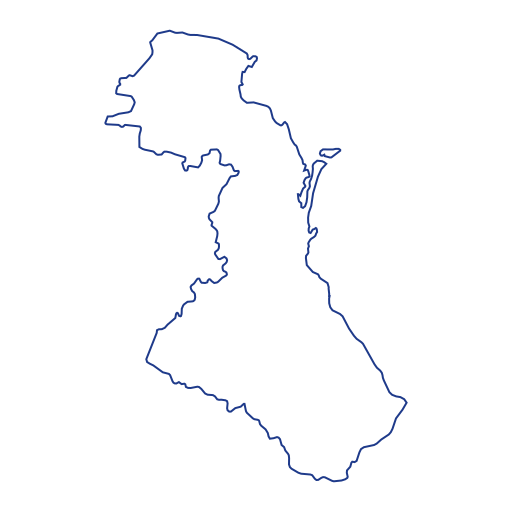 outline of Dagestan
{"feature_id": "RUS-2417", "entity_name": "Dagestan", "entity_type": "Republic", "adm_level": 1, "iso_a3": "RUS", "parent_name": "Russia", "parent_adm1": "", "projection": "orthographic", "projection_center": [46.661, 43.097], "detail": "fine", "context": "isolated", "style": "outline", "palette": "blue", "viewbox_px": 512, "rotation_deg": 0, "n_neighbors": 0, "source": "natural_earth", "source_scale": "10m", "svg_char_len": 6062}
<svg xmlns="http://www.w3.org/2000/svg" viewBox="0 0 512 512"><path d="M176.3,383.5L174.7,383.4L173.5,382.7L172.6,381.4L170.1,375.1L168.9,373.9L162.8,372.3L153.3,365.4L149.8,363.7L147.1,362.0L146.3,359.2L156.7,332.9L157.0,330.2L158.8,329.3L161.8,329.2L164.8,327.8L167.6,324.6L175.3,318.0L176.0,314.2L176.5,313.2L177.1,312.8L177.9,313.2L179.1,315.9L180.5,316.3L181.0,316.0L181.6,313.9L181.8,308.7L183.1,305.6L184.0,304.4L187.5,301.8L192.2,301.4L193.4,301.1L194.7,299.8L195.2,297.3L194.9,294.1L194.0,292.5L192.2,291.1L191.1,289.1L190.6,287.0L191.4,285.5L194.0,283.6L197.1,279.2L198.0,278.6L199.3,278.7L200.8,281.8L201.6,282.7L205.1,283.0L207.1,282.4L207.5,281.9L207.7,280.6L209.2,279.2L210.2,279.5L211.6,281.1L214.2,283.0L216.9,282.5L218.1,281.8L222.3,277.7L226.1,275.6L226.7,274.9L226.9,274.3L226.4,272.5L225.5,271.8L223.8,271.1L223.0,270.1L222.6,268.5L222.5,267.0L223.0,265.5L225.7,263.3L226.7,261.9L227.1,260.2L226.5,258.4L224.4,256.8L220.0,259.1L218.4,259.0L215.2,254.4L214.9,253.1L215.3,251.9L218.0,249.8L218.8,248.1L219.0,246.4L218.9,244.2L218.6,243.6L215.7,242.2L217.2,236.2L217.5,233.5L217.3,231.6L216.9,230.6L215.5,228.9L211.6,225.7L211.5,225.1L212.2,223.2L212.3,222.2L209.5,219.3L208.9,218.0L208.7,216.4L209.6,213.6L213.5,211.9L214.9,210.8L218.3,203.8L218.9,201.6L218.6,197.8L218.8,196.0L222.5,187.9L226.5,184.2L229.6,178.1L230.9,176.4L235.1,175.9L237.3,175.0L238.6,172.7L238.7,171.3L238.2,170.9L234.9,171.1L233.9,170.4L232.5,166.7L231.0,164.6L229.1,164.3L226.2,165.3L224.5,165.4L220.6,164.1L219.9,163.5L219.6,162.8L220.1,160.8L220.6,156.1L220.5,154.0L218.1,150.1L216.8,149.4L210.9,149.7L210.1,150.5L209.5,153.2L207.8,154.5L203.0,155.5L202.1,156.2L201.7,156.9L202.1,160.2L201.3,162.8L199.8,165.6L198.1,167.4L190.3,166.0L188.6,166.1L187.9,167.2L187.8,168.7L187.3,170.2L186.5,170.6L185.1,170.5L183.9,168.6L182.3,163.4L182.6,162.5L184.7,161.5L185.2,160.6L185.5,158.1L184.9,157.2L175.0,154.3L171.0,152.6L166.8,151.7L164.3,151.7L163.4,152.4L161.6,154.5L157.9,154.8L156.4,154.3L153.8,151.8L153.0,151.4L144.8,149.7L142.5,148.9L139.4,147.0L139.3,136.6L139.8,133.4L140.7,130.6L140.9,128.9L140.8,127.7L139.8,126.5L125.4,124.9L124.8,125.0L123.2,126.6L121.9,126.9L120.5,126.4L119.8,125.6L118.4,124.9L107.0,124.3L105.9,123.9L105.5,123.4L105.4,122.7L107.7,116.5L112.5,116.3L118.8,113.8L128.3,112.3L131.0,111.1L134.2,104.2L134.7,102.3L133.9,100.1L131.7,96.7L130.7,96.1L117.1,94.0L116.2,93.3L116.3,90.8L117.4,86.8L118.0,86.1L120.2,84.7L120.2,83.8L119.5,82.8L119.3,81.9L119.8,79.2L120.2,78.6L121.3,78.2L126.4,77.9L128.9,75.5L129.7,75.2L132.6,76.2L134.1,75.6L149.4,58.3L152.2,54.3L152.5,52.2L152.5,50.3L150.2,42.5L150.3,42.0L152.3,40.3L157.4,33.5L169.8,30.7L175.1,32.7L176.9,32.9L182.4,32.5L188.0,34.5L190.2,34.9L197.1,35.0L218.4,38.6L232.6,44.7L246.8,53.5L247.6,55.1L247.7,57.5L248.0,58.5L248.5,58.9L249.2,59.1L250.3,58.8L252.8,56.4L253.4,56.2L255.5,56.3L256.7,57.0L257.0,58.2L256.5,60.5L254.8,61.8L251.8,67.0L248.4,65.9L246.3,68.8L244.6,72.1L242.6,71.9L242.1,73.9L241.4,82.0L242.7,84.4L242.3,84.9L240.3,85.2L239.4,85.8L239.1,86.9L239.4,89.5L240.5,94.3L240.8,96.7L241.7,98.4L243.6,100.4L246.9,102.8L253.6,102.4L266.4,105.9L268.3,106.8L269.9,108.4L270.9,110.6L272.8,118.1L275.1,121.5L276.6,123.0L280.4,125.3L281.5,125.3L282.4,124.7L284.1,122.5L285.0,122.0L287.1,124.2L288.8,129.3L290.9,138.3L293.2,142.4L294.7,144.6L296.0,145.5L296.8,146.8L299.3,154.4L301.5,158.0L302.5,160.1L302.9,162.9L303.3,163.9L305.2,164.5L305.8,165.7L304.1,170.6L306.4,169.8L307.6,169.9L308.2,171.0L309.4,175.1L309.5,176.3L308.8,177.0L306.6,177.6L305.7,178.2L304.5,180.1L303.6,182.8L305.4,186.0L305.1,186.8L303.1,188.5L301.5,192.2L300.3,195.8L298.5,194.2L297.9,194.2L298.4,199.0L299.1,201.4L301.3,203.2L301.3,207.1L303.0,207.9L305.1,206.2L306.5,202.2L307.2,197.3L307.4,191.3L307.8,190.2L309.3,188.0L309.9,186.3L309.5,182.9L309.8,181.5L311.1,178.9L312.1,175.6L312.6,172.2L312.9,168.9L312.7,166.3L312.9,165.1L313.7,163.6L317.2,160.7L322.1,161.2L324.2,162.2L326.3,163.8L321.4,169.1L317.9,176.8L313.1,193.2L311.2,206.0L308.8,212.7L308.1,217.6L308.2,222.6L309.4,226.5L308.7,228.5L308.6,230.7L309.2,232.5L310.6,233.0L312.7,229.6L314.4,229.0L315.8,228.0L316.4,228.4L316.8,229.5L317.1,232.0L316.2,233.4L315.4,235.7L314.0,237.0L311.3,238.7L310.3,239.7L308.6,242.4L308.2,243.6L308.9,246.2L308.0,248.6L308.4,252.5L307.9,253.6L306.1,255.8L305.9,258.0L306.8,265.1L312.8,272.0L318.0,274.3L318.8,275.5L319.4,277.2L320.8,278.7L327.5,283.1L328.7,287.2L328.6,288.4L329.2,294.1L329.1,296.1L329.6,296.1L329.1,298.6L329.2,303.3L330.3,307.3L332.5,310.3L340.0,314.0L342.6,316.3L349.0,328.5L353.9,335.7L356.6,338.8L361.5,342.3L363.0,343.8L374.5,364.3L376.9,367.7L380.2,370.6L381.8,372.8L382.5,375.2L382.9,377.8L383.8,380.3L389.4,392.2L392.1,394.8L396.2,396.4L400.4,397.1L404.2,399.2L406.6,402.7L402.5,409.7L396.0,418.4L392.5,428.8L390.8,432.2L388.8,434.5L381.3,439.5L376.7,443.6L374.1,445.0L363.9,447.2L361.0,449.1L359.4,452.4L356.6,460.9L354.6,462.1L352.3,461.7L351.4,462.7L350.3,466.7L347.0,470.4L346.8,472.8L347.7,476.8L347.3,477.9L345.2,479.3L341.5,480.5L333.9,481.3L332.2,480.9L324.9,477.3L323.1,477.1L321.4,477.8L318.2,479.9L316.4,480.0L314.8,478.7L312.2,475.2L310.3,474.5L301.1,473.7L298.3,472.7L291.5,468.7L289.9,467.1L289.0,464.4L289.1,458.2L288.8,455.3L288.1,453.9L285.3,450.5L284.1,447.1L281.6,445.0L280.0,439.2L278.6,437.6L277.0,437.1L273.6,438.2L269.9,438.7L268.6,436.5L267.8,433.0L265.6,429.4L261.2,425.7L260.0,424.1L259.2,421.0L258.8,420.3L257.7,419.8L254.3,419.2L252.8,418.3L247.0,412.9L246.1,411.5L245.7,409.9L244.5,403.9L243.7,403.9L240.7,406.7L235.3,408.1L230.9,411.6L229.2,411.6L227.6,410.3L227.1,408.3L227.6,403.4L227.1,401.2L225.5,400.3L221.4,399.7L219.0,399.8L217.2,399.3L215.0,396.4L212.9,395.1L207.6,394.7L205.1,393.5L201.3,388.9L199.0,387.0L197.4,386.7L190.7,388.0L188.0,387.9L185.9,386.9L185.3,384.3L184.4,383.7L181.6,384.1L178.9,382.1L176.3,383.5ZM338.8,148.9L340.2,149.8L340.2,150.7L331.4,157.4L330.0,157.5L324.7,156.1L324.3,154.7L322.3,155.7L321.2,155.6L320.3,154.6L319.9,153.4L320.6,151.2L323.0,149.4L332.8,149.5L335.6,148.9L338.8,148.9Z" fill="none" stroke="#1e3a8a" stroke-width="2"/></svg>